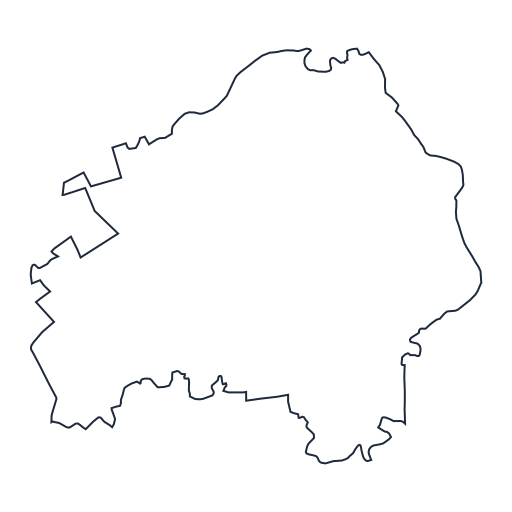 the district of Vinh Yen, Vĩnh Phúc, Vietnam
{"feature_id": "81297802B55955468315553", "entity_name": "Vinh Yen", "entity_type": "district", "adm_level": 2, "iso_a3": "VNM", "parent_name": "Vietnam", "parent_adm1": "Vĩnh Phúc", "projection": "albers", "projection_center": [105.597, 21.306], "detail": "fine", "context": "isolated", "style": "outline", "palette": "slate", "viewbox_px": 512, "rotation_deg": 0, "n_neighbors": 0, "source": "geoboundaries", "source_scale": "gbopen_adm2", "svg_char_len": 5128}
<svg xmlns="http://www.w3.org/2000/svg" viewBox="0 0 512 512"><path d="M368.8,52.2L365.3,53.9L362.7,54.8L360.8,54.8L359.6,54.1L359.4,54.0L358.3,50.6L357.0,48.7L355.4,48.8L351.7,49.3L348.3,50.5L347.1,51.3L347.0,53.0L347.3,54.1L347.5,55.3L347.2,57.1L347.2,59.0L347.6,59.8L344.9,61.3L344.4,62.7L342.7,62.3L340.9,62.9L338.3,61.1L335.4,58.8L333.2,57.8L331.4,58.4L330.1,60.0L330.0,61.5L330.4,65.4L331.2,68.0L330.9,69.6L329.3,70.9L325.7,71.8L318.1,71.5L313.7,70.2L310.1,70.2L307.7,69.0L305.4,66.0L304.4,62.9L304.5,59.7L305.1,57.2L307.0,54.7L310.9,50.5L309.6,49.2L306.5,48.6L301.9,50.1L298.3,51.1L295.9,50.9L293.6,50.5L286.5,50.3L282.0,50.9L277.1,52.0L272.3,52.5L270.0,52.6L262.3,55.6L256.3,59.9L256.2,59.9L249.9,64.9L240.4,72.2L236.5,75.9L234.8,78.8L226.9,95.7L224.3,98.6L217.8,105.4L212.5,109.4L207.0,111.9L202.3,113.6L199.5,113.7L194.6,112.5L189.1,112.3L184.7,113.8L179.1,118.7L174.5,124.0L172.6,126.5L171.9,129.7L171.9,133.8L170.0,134.9L165.0,137.9L161.9,138.1L160.0,138.1L157.1,139.2L149.1,144.2L149.0,144.3L144.7,136.7L140.0,138.2L139.5,140.6L137.8,144.6L135.8,148.0L129.2,148.9L127.5,147.4L125.9,143.3L112.4,147.6L121.2,177.7L91.0,186.4L83.6,172.5L67.3,181.1L64.0,182.7L62.6,195.0L64.5,194.7L82.0,189.0L85.2,188.0L94.7,211.0L118.1,233.6L80.6,257.5L77.5,249.8L70.9,236.6L54.2,248.6L51.5,251.5L53.0,253.3L58.0,256.4L51.4,259.4L49.9,260.7L47.3,264.0L39.8,268.0L38.4,268.1L35.0,264.9L33.8,264.7L32.6,265.2L31.4,267.8L30.7,274.2L31.4,280.0L31.9,283.5L40.1,280.2L42.3,283.3L44.2,285.8L50.1,291.5L40.2,298.7L36.0,302.1L54.0,321.9L42.2,332.1L33.3,342.6L31.3,345.7L31.0,348.0L31.1,349.5L33.2,353.1L39.9,365.8L48.6,383.1L56.3,397.6L56.4,399.1L52.7,411.5L52.3,412.8L51.6,415.7L51.4,422.2L52.6,421.5L54.8,422.1L59.2,423.0L66.2,427.0L68.7,427.7L68.8,427.7L70.8,426.8L75.2,423.9L76.5,423.5L78.0,423.6L80.0,424.9L83.4,427.7L85.7,429.2L93.3,421.5L98.5,417.3L100.7,417.6L103.3,420.7L104.9,422.2L106.6,423.2L109.8,425.2L112.1,427.2L113.8,424.3L114.8,420.4L115.0,419.7L114.9,418.5L113.1,413.3L111.7,409.6L111.6,408.1L116.2,406.6L119.9,405.9L120.9,403.5L120.9,399.9L122.8,394.3L123.8,390.1L124.6,387.8L128.3,385.3L132.1,383.3L137.0,381.6L139.1,382.9L140.1,383.6L140.7,382.9L140.7,381.1L141.3,380.1L142.3,379.2L145.0,378.6L147.7,378.6L150.0,378.9L152.0,380.6L153.3,382.4L157.7,387.3L163.9,387.0L169.2,385.6L171.2,381.3L172.1,379.8L172.2,374.7L172.4,372.5L177.2,371.0L178.8,371.5L181.4,373.9L183.6,374.1L184.9,374.1L184.8,375.7L184.1,376.9L184.6,378.4L186.3,378.6L188.3,378.4L188.9,379.8L189.1,382.4L188.9,387.8L188.9,390.8L189.8,393.4L189.9,396.5L191.9,397.4L194.2,398.6L196.0,399.1L200.0,399.3L203.2,398.8L212.4,395.4L213.7,393.3L213.7,391.9L212.9,390.2L211.9,388.4L211.7,387.0L211.9,385.5L213.7,384.0L216.4,381.7L217.8,380.2L218.3,378.3L218.3,377.5L218.8,376.5L219.8,376.0L220.9,376.0L221.6,377.3L221.9,380.3L222.3,382.5L222.8,384.2L224.4,384.0L225.1,383.4L225.9,383.2L226.4,384.5L226.3,385.9L224.8,387.4L223.4,390.9L228.6,392.4L243.3,392.4L246.1,391.9L246.2,400.7L261.1,398.6L276.9,396.8L288.1,394.8L288.1,401.7L290.5,411.9L293.3,412.9L294.3,413.3L296.4,413.8L297.8,414.0L298.3,415.0L298.4,416.6L298.7,417.9L299.8,417.9L302.3,416.7L303.9,417.2L305.5,419.7L307.8,422.4L306.5,425.3L306.7,427.5L311.3,431.7L313.8,434.4L314.0,438.0L309.9,442.2L308.4,443.8L307.3,446.0L305.8,452.0L306.6,453.5L309.3,454.5L313.2,455.3L315.8,456.0L317.5,457.5L318.2,459.2L319.2,461.3L321.2,462.7L325.5,463.4L333.5,461.1L337.3,460.9L341.9,460.5L344.9,459.5L347.7,458.2L349.4,456.3L353.0,453.3L355.3,449.2L357.5,446.2L358.8,445.0L359.8,444.9L360.5,445.5L361.1,447.7L361.5,450.5L362.8,455.6L363.5,457.6L364.7,459.4L366.1,460.7L367.8,461.0L371.2,460.0L368.9,453.9L368.6,451.7L369.3,449.1L371.1,446.8L373.4,445.5L379.5,444.4L383.2,443.4L388.8,439.4L391.0,437.0L390.9,436.8L389.0,433.4L387.0,431.9L384.6,431.5L378.2,427.5L380.0,424.8L381.3,420.1L382.2,417.8L383.1,417.3L385.7,417.5L390.5,419.4L393.5,421.1L401.0,421.0L403.1,421.9L405.1,423.7L404.6,409.6L404.8,400.3L404.8,391.3L404.3,378.1L404.5,370.1L404.7,365.1L402.2,365.0L401.6,364.1L401.7,361.8L402.0,359.7L402.0,357.5L405.1,354.5L407.8,353.3L408.7,353.6L410.2,355.1L415.0,355.1L417.2,356.0L418.7,356.0L419.6,354.8L420.5,350.9L420.5,348.4L419.9,346.0L417.5,343.6L412.6,342.4L410.5,341.8L409.9,339.6L411.1,337.8L413.9,336.0L417.8,333.6L419.0,332.6L419.0,330.8L419.8,329.4L421.1,328.6L425.6,328.7L429.6,324.9L433.4,321.9L436.7,319.6L440.0,318.7L441.0,317.4L444.5,313.5L447.1,311.5L448.6,311.3L455.6,310.7L458.3,309.4L469.9,300.2L475.5,294.5L477.7,291.0L480.6,284.1L481.3,282.8L480.5,271.2L478.6,267.0L475.1,261.5L472.1,256.1L466.6,247.3L464.5,243.3L463.4,240.4L461.7,235.2L458.8,225.5L456.4,218.7L455.9,211.5L456.3,207.7L456.4,200.5L455.3,199.0L455.1,197.2L457.7,193.8L461.9,188.0L463.2,185.7L463.4,184.1L463.1,182.7L462.8,175.0L461.9,169.7L460.8,166.6L458.6,164.2L454.4,161.8L446.6,158.8L440.5,157.0L436.2,156.0L430.1,155.4L427.5,153.9L425.6,152.5L423.4,147.0L421.0,143.7L418.0,139.1L414.3,135.2L411.0,129.2L407.8,124.7L404.3,119.9L401.9,116.9L395.9,111.3L398.4,105.4L397.5,103.8L391.9,97.5L385.7,92.9L385.0,88.0L385.1,78.9L382.8,71.9L379.3,65.1L373.9,59.0L368.8,52.2Z" fill="none" stroke="#1e293b" stroke-width="2"/></svg>